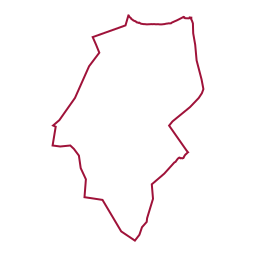 Naranbulag, Uvs, Mongolia
{"feature_id": "93677404B35276853556349", "entity_name": "Naranbulag", "entity_type": "district", "adm_level": 2, "iso_a3": "MNG", "parent_name": "Mongolia", "parent_adm1": "Uvs", "projection": "natural_earth1", "projection_center": [92.704, 49.464], "detail": "fine", "context": "isolated", "style": "outline", "palette": "rose", "viewbox_px": 256, "rotation_deg": 0, "n_neighbors": 0, "source": "geoboundaries", "source_scale": "gbopen_adm2", "svg_char_len": 2332}
<svg xmlns="http://www.w3.org/2000/svg" viewBox="0 0 256 256"><path d="M128.4,15.4L125.5,25.4L92.7,37.1L96.1,44.8L99.3,52.7L89.1,66.2L75.0,97.9L59.3,120.2L53.9,124.8L53.1,125.5L55.7,126.7L52.6,145.5L60.2,146.5L70.3,145.5L73.9,148.9L78.9,155.6L80.7,168.1L85.9,179.3L84.5,197.2L90.7,198.1L102.5,199.9L121.2,231.4L134.9,240.6L139.4,234.8L142.0,227.2L146.7,221.9L147.1,218.2L153.0,198.8L151.8,184.3L164.3,173.6L174.3,162.5L175.0,162.1L175.3,162.0L175.5,161.9L175.9,161.3L176.6,160.3L177.2,159.5L177.9,158.6L178.3,158.3L179.1,157.7L179.3,157.6L179.6,157.7L179.8,157.7L180.0,157.8L180.2,158.0L180.3,158.2L180.5,158.3L180.8,158.2L181.0,158.1L181.3,158.1L181.6,158.1L181.9,158.2L182.1,158.2L182.2,158.3L182.4,158.3L182.6,158.3L182.8,158.2L183.0,158.1L183.4,158.0L183.6,157.7L183.8,157.4L183.8,157.1L183.9,156.9L184.3,156.2L185.3,154.7L186.8,153.4L187.2,152.9L187.5,152.6L188.0,152.3L186.4,150.3L175.4,134.6L169.1,125.6L172.5,121.4L190.0,107.1L198.8,97.9L201.9,93.2L203.4,89.1L201.6,79.6L196.6,60.4L195.2,44.8L193.2,33.3L192.9,23.4L192.0,20.8L191.1,19.0L191.1,18.9L191.2,18.7L191.3,18.6L191.3,18.3L191.2,18.2L191.3,18.0L191.3,17.9L191.3,17.7L191.2,17.7L190.9,17.7L190.8,17.8L190.7,17.8L190.5,17.7L190.5,17.8L190.4,17.8L190.1,17.8L189.9,17.7L189.7,17.7L189.7,17.8L189.5,18.1L189.3,18.1L189.1,18.2L188.9,18.3L187.5,18.3L185.1,18.2L184.7,18.0L184.3,17.8L184.4,17.6L184.4,17.4L184.3,17.2L184.2,17.2L183.5,16.9L181.9,17.8L178.8,19.4L176.6,20.5L174.2,21.5L173.5,21.9L172.9,22.1L172.2,22.4L171.6,22.8L171.0,23.3L169.7,23.4L168.9,23.3L168.2,23.4L167.2,23.6L166.7,23.6L165.2,23.9L164.4,24.1L163.3,24.2L162.5,24.3L161.4,24.4L160.6,24.4L159.9,24.4L158.9,24.3L158.2,24.2L155.9,24.3L155.2,24.2L154.4,24.1L153.2,24.1L152.6,24.2L152.0,24.2L151.5,24.1L150.3,24.2L148.1,24.3L146.6,24.3L146.0,24.3L145.6,24.2L145.1,24.2L144.5,24.1L144.1,24.1L143.5,24.1L142.9,24.0L142.2,23.9L141.5,23.8L141.1,23.7L140.7,23.6L140.5,23.4L140.2,23.3L140.0,23.2L139.8,23.0L139.1,22.6L138.9,22.7L138.9,22.8L138.5,22.9L138.0,22.7L137.4,22.4L137.1,22.3L136.8,22.3L136.6,22.3L136.4,22.1L136.1,21.8L135.8,21.5L135.6,21.3L135.2,21.1L134.8,21.1L134.3,20.9L134.0,20.7L133.5,20.5L133.1,20.3L132.8,19.9L132.5,19.6L132.1,19.5L131.7,19.2L131.2,18.8L130.9,18.1L129.9,17.3L129.5,17.0L129.4,16.7L129.1,16.4L128.8,15.6L128.6,15.4L128.4,15.4Z" fill="none" stroke="#9f1239" stroke-width="2"/></svg>